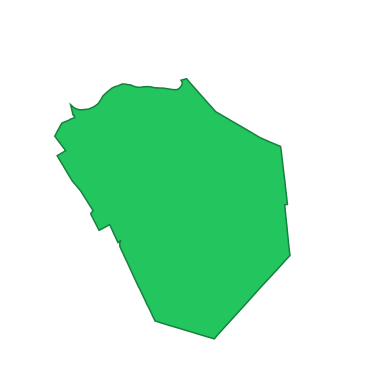 the district of Periam, Timis, Romania, rotated 329°
{"feature_id": "2599482B63950750232627", "entity_name": "Periam", "entity_type": "district", "adm_level": 2, "iso_a3": "ROU", "parent_name": "Romania", "parent_adm1": "Timis", "projection": "albers", "projection_center": [20.876, 46.04], "detail": "fine", "context": "isolated", "style": "filled", "palette": "green", "viewbox_px": 384, "rotation_deg": 329, "n_neighbors": 0, "source": "geoboundaries", "source_scale": "gbopen_adm2", "svg_char_len": 2636}
<svg xmlns="http://www.w3.org/2000/svg" viewBox="0 0 384 384"><g transform="rotate(329 192 192)"><path d="M135.5,329.4L140.8,327.5L154.3,323.5L166.9,319.7L181.6,315.3L195.1,311.1L200.6,309.4L210.3,306.6L224.5,302.5L237.7,298.5L243.3,296.9L246.6,289.5L251.2,279.7L255.8,270.0L259.5,262.0L263.8,253.0L264.8,250.7L267.4,251.8L270.5,245.1L274.0,237.3L277.2,230.5L281.3,221.2L285.7,211.5L289.6,202.7L291.4,198.6L284.5,189.2L278.3,180.4L273.8,172.0L267.9,161.2L262.6,151.6L259.6,146.1L255.6,138.8L253.7,135.3L251.1,121.9L248.9,110.0L247.1,100.2L246.6,97.7L246.5,97.2L246.3,95.9L245.7,92.1L240.8,90.7L240.1,90.5L240.1,92.5L239.9,93.1L239.6,93.8L239.3,94.4L238.8,94.7L237.9,95.3L236.1,96.1L235.0,96.4L234.1,96.6L232.9,96.6L232.1,96.5L231.2,96.1L230.1,95.5L228.8,94.7L227.2,93.4L224.8,91.4L221.1,88.3L220.5,87.9L218.1,86.4L216.1,85.0L214.4,83.9L213.6,83.3L212.1,81.8L211.1,80.9L209.3,79.5L208.5,78.9L207.2,78.2L205.9,77.5L204.8,77.0L203.0,76.1L201.7,75.7L201.0,75.3L200.3,74.8L199.2,74.0L197.9,72.9L197.3,72.1L196.2,71.0L195.8,70.4L195.0,69.2L194.3,68.4L193.5,67.8L192.6,67.2L191.9,66.5L190.3,65.1L187.7,63.4L183.1,62.9L180.2,62.0L176.5,61.7L175.2,62.0L170.3,62.6L167.0,63.4L165.0,63.8L162.5,65.3L160.5,66.3L158.5,67.3L157.3,67.8L156.3,68.0L155.4,68.1L154.7,68.2L154.2,68.2L152.4,68.4L151.4,68.3L148.2,68.0L146.9,67.8L146.0,67.6L144.8,67.1L139.0,64.3L136.9,62.6L135.2,60.6L133.9,58.0L132.9,54.6L131.1,60.3L129.7,64.7L130.0,64.9L130.2,65.0L130.4,65.3L130.5,65.4L130.0,66.8L130.1,67.0L129.8,67.8L124.8,66.9L124.2,67.0L123.6,67.1L122.9,66.9L115.9,65.9L107.4,70.8L106.7,71.3L103.1,73.5L105.0,91.5L95.1,91.4L95.0,120.8L95.3,122.5L96.2,127.6L97.1,133.8L97.5,153.7L97.6,157.1L95.1,157.8L93.9,158.6L93.0,171.3L92.6,176.9L93.4,177.1L104.6,177.6L102.5,197.3L106.3,196.9L104.7,197.7L104.0,198.6L103.9,198.7L103.4,199.3L103.1,199.6L102.2,201.5L101.9,202.7L100.7,214.0L99.7,223.9L98.3,236.2L97.3,245.9L97.3,247.9L96.0,260.6L95.9,261.7L95.8,262.5L95.9,263.0L95.6,263.4L95.5,265.2L95.4,267.5L95.5,267.7L95.3,269.2L95.3,269.4L95.2,270.4L95.1,271.2L95.1,271.5L95.1,271.8L94.9,273.4L94.8,274.8L94.6,276.3L94.4,277.7L94.3,279.2L94.2,280.6L94.0,282.1L93.9,283.4L94.9,284.6L96.3,286.2L97.0,287.0L98.1,288.3L98.7,289.0L100.1,290.6L101.3,291.9L101.6,292.2L102.2,292.9L104.1,295.0L108.9,300.2L109.6,300.9L109.7,301.1L109.9,301.2L110.9,302.4L112.0,303.6L113.0,304.7L114.1,306.0L115.2,307.1L116.3,308.4L116.6,308.7L120.4,312.8L121.4,313.9L122.5,315.2L123.5,316.3L124.6,317.5L125.6,318.6L127.7,320.9L128.5,321.8L128.7,322.0L129.6,323.1L130.8,324.3L131.9,325.5L132.5,326.2L133.7,327.4L134.7,328.6L135.5,329.4Z" fill="#22c55e" stroke="#15803d" stroke-width="1.5"/></g></svg>